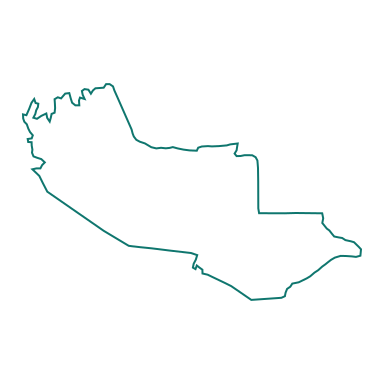 Peri Mirim, Maranhão, Brazil
{"feature_id": "56859067B19670060487182", "entity_name": "Peri Mirim", "entity_type": "district", "adm_level": 2, "iso_a3": "BRA", "parent_name": "Brazil", "parent_adm1": "Maranhão", "projection": "orthographic", "projection_center": [-44.905, -2.565], "detail": "fine", "context": "isolated", "style": "outline", "palette": "teal", "viewbox_px": 384, "rotation_deg": 0, "n_neighbors": 0, "source": "geoboundaries", "source_scale": "gbopen_adm2", "svg_char_len": 2127}
<svg xmlns="http://www.w3.org/2000/svg" viewBox="0 0 384 384"><path d="M361.0,249.3L358.7,246.8L354.0,242.2L350.9,241.3L345.4,240.1L342.2,238.0L338.6,237.4L334.2,236.5L331.8,233.6L329.3,230.4L326.8,228.6L322.3,223.0L323.2,218.3L322.2,213.3L295.8,213.0L284.2,213.3L259.1,213.2L258.3,208.4L258.2,181.3L258.0,168.0L257.7,164.1L257.4,160.5L255.6,157.2L252.3,155.3L248.8,155.2L244.5,155.2L240.6,156.0L236.6,156.1L234.6,153.6L236.6,150.3L237.1,146.9L237.7,143.5L230.2,144.4L226.8,145.4L223.4,145.7L219.0,146.1L211.9,146.4L208.0,146.1L201.8,146.5L198.2,147.7L196.8,150.7L189.6,150.4L183.5,149.6L177.6,148.4L172.8,147.1L169.7,147.9L165.8,148.3L161.0,147.8L156.3,148.4L151.3,147.2L144.9,143.4L139.8,141.7L136.3,139.8L133.8,136.5L132.6,133.4L131.6,129.5L117.3,97.0L114.4,90.5L113.0,86.4L109.6,84.1L106.1,84.1L103.7,87.7L95.4,88.3L92.9,90.5L90.9,93.7L88.4,89.7L84.5,89.1L81.9,91.0L82.7,94.8L84.6,99.0L80.0,97.6L79.0,100.5L79.3,105.3L75.3,105.3L72.1,102.7L70.7,98.3L69.3,93.1L65.2,93.6L63.2,95.9L61.1,98.4L57.8,97.3L54.6,99.2L54.9,103.6L55.1,108.1L54.6,112.7L51.6,113.9L50.8,117.7L49.7,121.6L47.2,117.9L46.3,113.5L41.3,115.9L37.0,118.8L33.4,117.7L35.3,114.0L36.2,110.3L37.9,107.1L38.3,103.7L35.6,103.0L34.2,99.0L31.5,102.8L29.2,108.8L26.4,115.2L23.0,114.4L23.2,118.5L24.3,121.7L26.8,124.3L28.3,128.6L30.0,132.0L32.8,135.3L31.7,138.4L27.7,139.0L28.2,142.0L31.6,142.2L31.7,145.5L32.4,149.7L32.0,152.7L33.5,156.4L37.2,157.8L41.3,159.1L44.8,162.4L42.1,165.1L40.4,168.4L36.4,168.4L32.4,169.3L39.3,175.9L42.8,183.0L47.3,191.7L103.7,230.8L128.7,245.8L132.4,246.3L135.3,246.6L140.3,247.2L145.4,247.7L151.3,248.3L158.8,249.2L169.2,250.5L190.9,253.0L197.2,255.1L195.8,259.7L193.7,263.7L192.9,267.6L195.5,269.1L196.8,265.5L199.6,267.7L202.4,269.7L202.5,273.5L207.7,274.7L212.2,276.9L218.7,280.0L225.2,283.1L231.2,286.1L251.3,299.9L281.4,297.8L284.9,296.2L285.6,292.6L287.1,288.9L290.3,286.7L292.3,283.6L298.7,282.3L306.7,278.4L310.2,276.3L314.5,272.6L318.2,270.2L322.2,266.6L325.4,264.3L328.0,262.2L331.1,259.8L334.9,257.6L340.6,255.9L345.8,256.0L351.9,256.4L356.0,256.9L360.4,255.7L361.0,249.3Z" fill="none" stroke="#0f766e" stroke-width="2"/></svg>